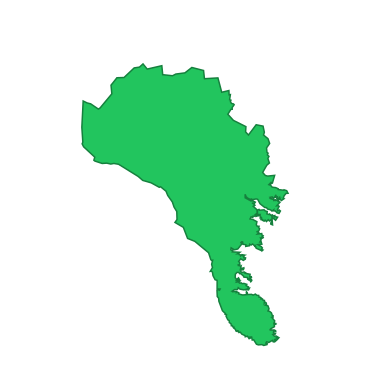 Lindesnes nor, Vest-Agder, Norway (Albers equal-area conic projection), rotated 292°
{"feature_id": "86288312B19723632220281", "entity_name": "Lindesnes nor", "entity_type": "district", "adm_level": 2, "iso_a3": "NOR", "parent_name": "Norway", "parent_adm1": "Vest-Agder", "projection": "albers", "projection_center": [7.221, 58.115], "detail": "fine", "context": "isolated", "style": "filled", "palette": "green", "viewbox_px": 384, "rotation_deg": 292, "n_neighbors": 0, "source": "geoboundaries", "source_scale": "gbopen_adm2", "svg_char_len": 6083}
<svg xmlns="http://www.w3.org/2000/svg" viewBox="0 0 384 384"><g transform="rotate(292 192 192)"><path d="M269.8,79.6L260.7,76.9L253.0,80.9L235.5,75.3L233.8,74.1L235.8,65.0L235.3,61.4L235.6,57.0L210.8,65.6L197.3,72.1L195.5,72.1L193.3,74.6L187.9,88.8L184.7,89.1L184.3,90.4L184.8,98.0L186.8,102.1L187.5,106.2L189.2,108.9L190.2,113.5L186.3,136.1L184.3,142.0L185.2,150.7L184.1,159.9L185.1,160.9L183.0,167.6L179.7,170.8L175.4,177.5L171.3,181.0L168.2,185.2L160.9,188.4L157.4,187.6L156.0,197.2L147.3,205.3L147.3,213.1L141.9,230.1L136.3,234.8L135.9,235.8L136.5,236.7L132.3,237.3L129.6,239.3L125.3,238.7L125.9,239.7L125.3,241.0L122.3,242.8L119.3,246.3L119.5,248.4L111.5,251.6L112.6,254.4L111.2,254.3L111.1,252.3L110.2,252.0L104.5,254.6L103.6,256.4L100.7,257.9L93.3,264.7L91.8,268.5L91.1,268.4L91.1,270.0L89.6,270.1L86.9,273.1L86.7,274.7L84.9,275.5L84.5,277.5L82.7,278.6L83.2,279.4L82.0,280.9L82.3,281.7L81.5,281.7L80.9,283.7L79.6,284.8L79.6,286.0L80.4,286.0L80.5,287.0L79.3,288.1L80.1,289.3L78.9,291.4L78.7,295.0L77.7,295.6L79.1,297.4L77.4,299.9L78.7,301.1L79.2,300.2L79.9,301.6L77.3,303.3L78.1,304.5L75.0,308.8L75.1,310.8L76.7,314.0L76.6,316.0L78.6,318.7L79.4,318.6L79.0,317.7L79.5,317.1L81.0,317.3L81.3,319.6L84.5,322.1L83.5,323.4L84.0,324.8L85.6,325.5L85.6,323.1L85.9,324.5L86.6,323.6L86.1,325.9L89.0,327.0L87.9,324.3L89.6,326.4L90.0,324.0L89.2,322.4L90.1,320.4L91.5,322.4L92.3,322.4L91.9,320.3L93.7,319.8L94.2,321.8L94.7,321.5L94.9,319.9L93.4,316.7L93.5,315.4L94.1,316.8L94.8,316.3L98.0,318.9L99.5,318.0L100.6,318.9L100.6,317.9L101.4,318.5L101.2,317.1L103.5,317.0L105.1,313.9L106.4,314.3L105.7,314.0L105.8,313.1L106.4,313.9L107.2,313.7L106.8,313.4L109.7,310.9L110.4,308.7L110.2,307.0L112.5,307.2L114.9,305.1L114.6,302.4L115.9,303.1L117.1,302.1L117.3,300.8L116.3,300.6L118.6,299.8L118.3,298.3L119.2,297.5L118.7,296.0L119.5,296.2L120.0,294.6L119.6,293.6L121.1,292.6L120.5,290.8L121.1,289.0L119.3,287.3L119.4,285.5L117.7,281.9L119.4,280.9L119.7,280.2L118.6,281.0L119.1,280.4L118.7,280.1L117.6,281.7L115.5,277.6L115.0,273.4L116.0,273.3L116.3,270.8L115.6,270.6L116.3,270.2L114.9,267.3L115.4,267.3L115.2,266.5L117.5,268.0L118.6,270.7L120.6,270.7L119.9,272.9L120.7,276.8L122.4,279.1L121.9,279.1L122.4,281.1L124.5,281.3L123.9,279.8L125.2,279.8L125.4,277.2L126.9,277.4L126.7,274.4L125.8,272.8L126.2,271.6L125.3,270.3L125.8,269.1L126.7,269.5L125.5,267.6L127.2,268.5L126.3,266.1L127.3,266.1L128.2,266.8L127.7,267.8L128.1,269.4L129.8,267.3L127.7,266.2L128.8,264.1L132.0,263.0L134.3,263.8L135.0,265.6L134.1,266.7L134.5,267.9L133.4,271.1L132.5,272.0L133.5,275.4L132.0,276.3L131.7,277.8L132.2,278.3L130.8,280.1L132.3,280.6L133.3,279.8L133.0,277.3L135.2,279.1L135.7,278.7L135.2,277.2L137.5,276.7L136.6,271.9L137.1,272.1L137.4,270.3L136.2,268.6L136.3,267.1L138.1,266.5L139.1,268.7L141.1,268.8L139.6,268.4L141.0,268.3L139.4,266.2L140.4,266.1L139.3,265.7L141.5,265.3L140.9,265.0L141.8,264.0L141.2,262.5L141.7,262.1L143.3,264.0L142.8,263.3L144.5,262.7L145.0,261.3L148.3,262.1L147.8,265.2L149.7,266.6L151.0,266.3L150.4,264.6L151.9,264.3L151.9,263.3L153.2,264.5L152.6,261.7L151.1,261.0L151.9,260.7L151.6,259.2L152.4,258.7L151.8,257.4L154.0,258.9L151.6,251.8L153.4,251.8L152.7,250.3L153.1,249.6L154.9,249.2L154.3,253.0L156.3,255.8L161.9,257.5L163.2,257.4L163.4,256.3L162.9,255.9L164.6,256.8L164.7,257.6L162.6,258.9L163.3,261.7L161.7,262.2L163.7,265.4L165.2,265.0L165.0,266.7L166.5,267.7L165.8,269.5L166.1,270.5L165.1,270.6L165.6,272.1L165.1,271.3L163.9,272.6L163.7,278.2L164.3,278.7L163.8,279.0L164.8,279.5L164.8,277.9L166.5,278.2L167.3,276.8L167.9,272.8L169.8,276.3L171.8,274.7L171.2,273.7L173.5,274.0L175.0,272.8L175.1,274.1L176.9,275.6L176.0,274.4L176.6,274.3L176.3,273.6L178.1,274.3L178.3,273.0L179.6,272.2L177.5,268.4L179.3,269.2L179.7,267.6L179.2,266.6L180.8,268.5L183.3,268.5L184.0,267.0L185.3,267.0L184.7,265.2L185.7,263.9L188.8,263.3L189.3,258.7L188.8,255.9L191.1,256.1L191.2,257.9L192.4,257.6L193.0,259.1L194.2,259.4L193.3,260.4L194.3,261.6L195.3,261.4L195.0,259.3L196.9,260.3L199.9,258.9L201.7,254.1L203.3,255.3L204.2,253.2L204.2,251.7L205.0,254.2L206.3,254.5L206.6,251.6L205.8,249.8L206.5,243.5L209.8,242.1L207.9,244.0L207.2,246.0L206.9,249.6L207.7,249.6L207.7,251.1L209.6,254.1L209.8,255.6L206.6,259.5L204.9,265.2L205.4,266.9L204.5,268.5L204.9,271.5L204.3,273.3L206.1,274.4L205.1,274.6L205.6,276.4L204.5,278.7L204.7,280.7L207.5,281.1L208.0,279.6L206.7,278.6L207.7,277.8L211.3,278.2L211.6,277.2L210.9,275.7L215.5,277.4L215.7,275.1L218.3,275.8L217.3,274.8L217.7,273.5L216.5,274.2L215.4,272.5L216.0,272.3L214.9,271.0L215.6,270.8L215.3,267.3L215.8,267.7L216.3,266.4L217.5,268.3L216.4,270.0L221.0,271.1L218.4,271.4L219.5,272.9L218.0,273.0L218.3,274.5L219.9,275.2L218.3,276.0L217.6,278.1L220.2,279.8L220.2,279.0L222.7,278.8L225.8,279.6L226.8,281.5L228.7,279.3L228.5,276.5L228.0,276.5L226.6,271.0L227.3,270.7L227.4,267.9L226.5,264.6L227.7,262.3L227.6,260.5L230.6,261.7L230.6,262.6L229.6,262.5L230.4,263.2L238.4,262.4L235.1,256.2L234.8,253.8L236.6,250.2L244.8,251.3L247.9,252.9L251.5,249.8L253.9,250.0L254.6,248.0L256.5,248.0L256.8,246.7L260.8,244.6L266.1,245.8L269.9,242.5L271.6,237.0L274.5,236.7L279.7,233.2L278.4,226.3L266.0,223.0L267.8,219.2L272.8,217.5L273.9,203.6L277.5,196.1L283.2,197.1L283.8,198.3L285.4,197.6L288.7,198.4L289.2,197.5L288.9,195.5L290.1,193.8L291.7,193.7L291.6,192.3L296.7,191.1L296.0,190.0L299.9,188.2L295.6,182.2L307.5,173.3L301.7,161.1L309.0,157.2L307.4,145.2L299.8,140.8L295.3,132.8L292.5,130.4L289.8,120.9L297.8,116.7L289.2,104.4L292.4,98.6L288.1,96.5L285.4,91.9L272.7,86.1L269.8,79.6ZM201.0,260.7L199.8,259.5L195.8,261.1L195.1,262.1L196.1,262.1L196.6,263.4L195.4,263.1L195.9,263.9L193.5,265.0L194.4,265.7L193.9,266.4L192.3,266.3L192.7,267.8L192.2,267.8L192.0,269.8L193.3,270.3L192.5,272.1L194.9,273.1L194.1,274.6L196.6,276.0L194.8,276.1L194.5,277.2L192.7,276.6L191.7,277.2L191.7,279.0L198.7,275.5L198.1,277.1L198.5,277.8L197.8,277.8L197.1,280.1L200.7,280.8L200.3,277.5L201.1,277.5L199.7,275.2L200.8,275.0L200.0,273.7L200.7,272.2L200.0,271.9L199.8,269.6L202.1,269.1L201.9,267.0L202.5,265.5L200.4,261.5L201.0,260.7Z" fill="#22c55e" stroke="#15803d" stroke-width="1.5"/></g></svg>